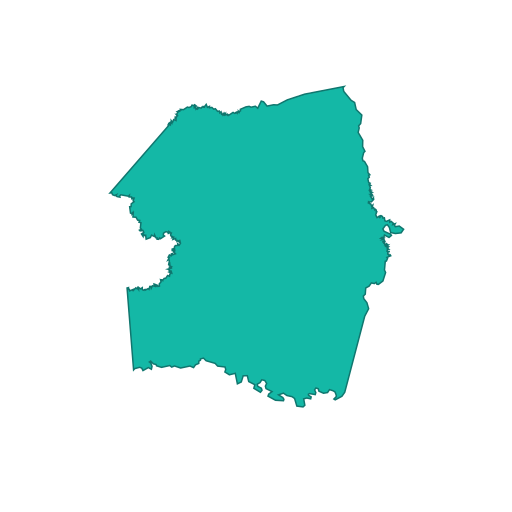 the district of Miraflores, Guaviare, Colombia, rotated 329°
{"feature_id": "7082276B64059951678143", "entity_name": "Miraflores", "entity_type": "district", "adm_level": 2, "iso_a3": "COL", "parent_name": "Colombia", "parent_adm1": "Guaviare", "projection": "albers", "projection_center": [-71.841, 1.327], "detail": "fine", "context": "isolated", "style": "filled", "palette": "teal", "viewbox_px": 512, "rotation_deg": 329, "n_neighbors": 0, "source": "geoboundaries", "source_scale": "gbopen_adm2", "svg_char_len": 6113}
<svg xmlns="http://www.w3.org/2000/svg" viewBox="0 0 512 512"><g transform="rotate(329 256 256)"><path d="M318.2,363.6L325.4,359.2L327.0,353.2L326.4,348.1L327.4,345.6L330.0,345.0L333.6,339.9L337.4,340.1L341.0,338.5L343.3,340.6L345.4,340.4L345.1,342.5L346.3,343.4L351.9,342.8L358.6,336.9L358.9,334.2L364.1,327.1L365.2,327.5L367.7,325.6L367.5,324.6L371.6,325.2L371.6,324.1L370.1,324.1L370.7,322.8L369.9,322.2L370.9,320.6L373.0,321.0L370.8,319.4L372.1,317.9L373.2,318.5L372.6,316.7L374.3,316.4L372.9,315.3L374.6,314.8L373.1,314.4L374.7,313.9L374.2,312.7L372.8,313.9L372.0,312.8L372.8,312.1L372.2,311.0L373.5,310.4L371.5,308.9L374.0,309.7L374.2,307.9L372.3,306.9L374.6,306.6L372.2,305.1L373.7,304.9L375.0,306.1L376.9,304.2L379.6,308.6L382.7,308.1L382.6,306.7L378.5,300.8L378.7,298.1L382.8,296.4L384.7,296.9L385.0,300.3L383.5,305.2L387.0,308.5L392.3,310.9L396.3,309.1L394.2,304.1L390.5,302.6L390.6,300.8L392.0,300.0L389.5,299.5L390.6,298.7L389.7,296.0L388.1,295.9L389.2,293.9L385.7,293.5L384.6,292.2L385.7,289.4L384.3,288.8L384.8,287.3L383.9,285.7L382.7,285.4L383.0,286.4L381.9,286.8L381.6,285.4L379.5,285.4L379.8,282.4L382.9,279.8L381.9,280.0L382.7,278.6L382.5,277.5L381.6,277.7L381.7,275.1L380.0,274.8L382.3,272.5L380.8,272.7L381.2,270.6L379.6,268.4L380.2,267.7L380.4,268.8L380.9,267.9L382.8,269.0L386.0,268.1L386.6,266.7L384.9,266.9L384.9,263.7L386.9,264.5L385.7,262.1L387.2,262.8L386.9,260.4L388.2,261.0L387.0,258.6L388.6,258.8L387.7,257.5L389.2,256.3L389.6,253.8L390.6,254.4L390.1,252.8L391.3,252.4L390.4,251.1L391.7,247.3L393.7,246.8L394.1,244.8L395.4,245.0L394.9,242.2L397.6,237.0L397.7,230.8L396.7,229.5L397.5,226.9L401.6,222.8L403.3,222.4L403.7,217.2L407.1,211.8L407.2,202.7L410.4,199.4L411.0,197.3L413.9,196.4L419.3,189.7L417.3,182.1L419.6,175.2L417.7,171.5L416.0,160.1L417.3,156.5L418.8,156.1L381.0,142.3L363.4,138.3L352.2,137.6L348.9,135.4L342.7,133.2L341.9,127.7L340.3,125.9L333.6,130.2L332.6,127.3L328.4,125.9L327.2,124.2L324.2,123.0L318.1,122.2L317.5,123.6L316.4,123.6L316.5,122.8L315.8,123.8L315.6,123.0L315.2,124.1L314.3,123.0L313.8,123.5L313.9,122.7L312.9,122.6L313.2,123.4L311.1,122.7L310.3,121.1L305.3,121.3L304.6,119.9L304.2,120.6L303.9,119.6L302.1,119.3L303.1,118.1L301.7,118.4L302.1,117.4L300.5,118.1L300.8,117.2L300.1,117.7L299.8,116.7L299.3,117.5L300.3,114.4L298.7,114.7L299.2,112.8L297.6,112.3L297.0,108.8L295.4,108.4L294.7,105.9L292.5,105.0L293.2,103.8L290.9,103.6L291.4,100.4L288.9,101.4L287.9,100.8L288.0,101.7L286.3,100.5L285.2,101.0L282.4,98.3L282.2,99.8L281.4,99.9L281.4,99.1L280.1,99.3L280.7,97.5L279.4,97.2L280.2,95.9L281.9,96.3L281.3,94.7L279.9,94.9L278.9,93.7L277.3,94.6L275.0,94.2L273.9,93.0L269.2,93.2L266.9,91.5L266.9,92.2L264.6,91.7L264.8,92.5L262.9,91.8L263.2,92.5L261.2,93.5L261.1,94.6L260.5,93.9L260.6,95.3L258.9,96.2L258.4,95.3L257.5,96.4L258.2,97.1L257.2,98.7L255.7,96.7L253.4,98.4L253.1,96.4L252.1,98.5L251.8,97.2L250.6,97.3L251.2,97.9L250.2,99.4L249.5,96.9L249.1,98.9L248.1,98.4L247.7,99.4L163.3,126.8L164.9,127.6L164.6,129.6L166.0,131.4L167.9,131.6L166.9,132.1L167.5,133.5L169.7,135.5L170.1,134.3L171.6,133.9L177.4,139.0L178.8,138.7L177.7,140.1L179.7,141.3L179.0,143.1L179.8,143.5L180.0,142.5L181.4,143.6L179.1,145.4L179.4,146.7L175.9,147.0L174.4,149.3L173.1,148.7L170.5,154.6L171.3,155.6L172.5,155.3L171.6,156.2L172.9,156.0L170.6,159.2L173.1,161.0L173.0,164.3L174.6,165.6L173.1,166.8L174.5,168.2L171.3,172.4L171.6,174.1L169.4,173.8L169.6,174.8L172.3,176.0L172.0,178.0L169.2,178.1L169.3,181.1L170.8,179.3L171.2,181.3L172.1,181.4L170.5,185.0L174.9,185.8L177.2,184.3L179.0,187.0L179.9,185.8L179.6,188.9L180.1,189.8L181.2,189.4L179.9,190.7L181.2,191.6L182.8,190.9L183.0,192.0L187.9,191.8L187.3,190.3L188.5,188.8L191.3,188.7L192.7,190.2L192.4,191.5L193.4,191.6L194.0,190.2L194.5,191.1L193.7,191.7L195.2,192.7L193.6,193.9L193.5,195.3L194.4,196.4L195.1,196.0L193.4,197.0L195.0,197.6L193.3,199.0L196.1,199.6L195.3,200.9L196.5,202.1L195.9,202.7L198.7,203.4L198.4,204.3L197.5,203.2L197.0,203.4L197.9,206.1L194.9,207.6L195.7,206.7L195.2,205.2L194.5,206.7L192.2,205.5L190.6,206.3L189.6,208.6L189.2,207.3L187.7,206.9L187.0,208.1L188.4,208.7L188.4,210.0L187.6,209.9L188.1,212.6L185.1,212.0L185.8,210.9L184.5,210.6L183.2,212.1L182.3,210.5L180.1,211.8L180.9,212.6L178.5,214.1L179.5,214.1L179.2,215.6L176.6,218.5L176.9,219.2L177.9,218.6L177.2,220.1L177.9,221.4L175.4,220.8L177.9,223.0L173.7,221.9L174.5,222.7L173.8,224.3L175.5,225.2L175.2,226.3L174.9,225.2L174.5,226.0L173.6,225.6L174.6,227.1L172.7,227.2L171.4,228.8L170.2,227.2L167.1,228.6L165.8,227.9L163.9,228.6L162.5,227.5L162.8,228.7L161.7,228.0L161.2,229.3L158.7,230.1L157.7,232.1L156.2,231.5L156.5,230.5L155.3,228.9L155.5,230.6L154.4,230.6L153.8,228.4L153.4,229.6L151.9,228.2L149.7,229.6L150.3,228.0L149.3,227.4L147.1,229.5L146.7,228.4L143.4,228.2L143.6,227.5L141.8,227.3L141.3,226.1L142.2,224.6L140.1,224.7L139.2,222.5L138.2,224.1L138.3,222.2L137.2,222.9L136.6,221.4L132.2,222.6L133.5,221.4L129.7,220.8L130.3,219.3L129.2,218.8L130.4,217.4L129.0,217.0L92.4,290.6L94.1,290.1L99.0,291.5L100.3,293.3L100.1,296.0L106.3,296.2L108.0,299.2L110.0,297.1L110.7,293.7L110.0,291.9L111.6,291.8L112.5,295.6L114.5,297.5L114.2,298.9L117.7,302.8L125.7,305.5L126.5,307.8L129.5,308.3L133.7,313.2L142.7,316.3L145.0,319.5L148.1,318.1L151.6,318.6L152.8,316.7L154.7,316.7L155.4,315.6L158.4,316.5L159.3,320.1L165.7,327.0L166.4,330.6L172.3,335.2L171.6,337.7L169.6,339.4L172.0,344.1L177.8,345.9L174.2,356.0L178.5,356.4L183.3,352.1L186.9,354.1L185.1,359.9L188.7,365.7L186.0,368.3L189.6,375.1L192.0,374.2L192.5,372.1L190.4,368.6L191.0,366.5L194.2,366.6L197.2,365.1L199.4,367.2L199.5,370.7L197.0,372.4L196.3,374.8L199.9,380.5L195.8,380.9L194.1,382.3L198.4,389.7L205.0,394.2L206.1,393.2L206.1,391.1L203.8,386.6L208.9,387.7L210.6,391.5L214.5,395.2L215.7,398.0L213.7,405.7L218.6,409.6L221.0,409.1L223.3,403.0L226.4,403.9L229.3,406.6L230.7,405.2L229.3,402.5L229.7,401.5L231.0,401.5L235.4,405.3L236.9,403.9L237.3,400.9L239.4,400.0L241.0,401.8L240.3,404.3L243.2,408.4L247.0,409.9L250.2,408.4L252.8,411.4L253.7,413.3L253.1,416.6L252.3,417.9L249.1,418.7L249.8,420.1L257.4,420.5L261.9,418.5L318.2,363.6Z" fill="#14b8a6" stroke="#0f766e" stroke-width="1.5"/></g></svg>